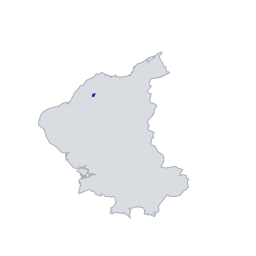 Carbonita, Minas Gerais, Brazil (highlighted), rotated 210°
{"feature_id": "56859067B13001741051446", "entity_name": "Carbonita", "entity_type": "district", "adm_level": 2, "iso_a3": "BRA", "parent_name": "Brazil", "parent_adm1": "Minas Gerais", "projection": "orthographic", "projection_center": [-43.039, -17.512], "detail": "fine", "context": "in_parent", "style": "filled", "palette": "blue", "viewbox_px": 256, "rotation_deg": 210, "n_neighbors": 0, "source": "geoboundaries", "source_scale": "gbopen_adm2", "svg_char_len": 4025}
<svg xmlns="http://www.w3.org/2000/svg" viewBox="0 0 256 256"><g transform="rotate(210 128 128)"><path d="M72.6,64.9L74.7,66.6L77.4,65.3L78.3,66.4L79.8,64.5L83.5,62.3L84.3,60.5L86.7,59.3L86.9,58.3L84.2,58.2L83.5,53.8L81.3,51.3L84.4,52.3L87.2,51.9L89.1,53.2L89.8,51.4L96.9,48.5L98.5,46.9L98.5,45.6L100.6,45.3L101.2,45.9L100.5,48.2L102.3,48.6L102.9,50.4L101.6,51.9L101.0,55.7L102.3,59.5L105.7,61.4L107.2,61.0L107.9,59.6L109.2,59.8L113.1,57.5L118.0,57.8L117.3,56.1L118.1,55.0L119.1,55.4L122.3,54.4L125.9,56.2L127.5,55.1L131.0,55.6L137.5,46.6L138.6,47.4L140.7,55.4L141.8,56.6L144.0,57.2L144.3,59.3L140.5,63.3L138.2,64.7L135.2,70.3L132.2,71.2L135.3,71.2L139.9,68.2L140.8,71.7L142.1,72.7L146.8,71.3L145.4,75.3L147.3,72.1L149.4,70.2L150.5,70.7L151.0,70.1L150.6,68.7L152.0,67.0L155.7,66.5L163.7,69.3L164.3,70.9L165.4,69.8L167.2,71.0L167.7,72.3L166.8,73.2L167.2,73.6L168.2,72.7L168.4,73.6L167.5,74.5L166.9,77.1L168.2,76.0L169.1,74.0L169.2,75.5L172.8,73.6L181.1,75.9L187.8,75.8L194.3,79.5L199.9,84.8L207.0,86.0L208.3,87.9L210.1,95.4L209.3,100.2L206.5,105.0L198.7,112.9L198.7,112.2L197.3,115.9L194.8,119.1L193.7,119.6L192.9,118.1L192.2,118.8L191.2,122.3L191.9,132.3L190.4,138.0L190.6,140.3L188.4,142.7L187.8,148.5L182.8,155.7L182.6,159.1L179.7,160.4L178.3,163.2L174.6,163.2L173.8,162.2L173.6,163.4L167.8,163.7L168.1,164.6L164.6,167.0L162.5,167.0L159.0,168.9L154.6,172.5L153.8,174.2L153.0,173.6L152.8,174.4L151.7,174.1L153.1,175.0L152.1,176.1L151.9,178.0L152.8,182.0L152.1,188.0L148.7,191.5L144.8,199.7L141.0,203.6L140.8,202.4L143.6,200.7L145.8,196.2L145.8,195.4L144.1,196.0L143.0,194.6L143.6,196.0L143.3,197.6L140.9,200.4L140.3,202.6L140.7,203.8L139.1,208.0L136.8,210.7L136.2,210.4L135.9,208.3L137.2,206.4L134.6,203.6L129.1,200.7L127.3,198.9L125.9,200.0L125.6,198.7L122.4,196.1L121.1,196.9L119.6,196.7L125.0,188.4L125.8,188.4L125.6,187.6L132.3,182.5L132.6,178.6L131.1,175.9L128.7,176.0L129.7,169.3L128.1,168.4L125.0,169.2L122.9,162.3L120.2,161.3L118.4,162.3L114.1,161.6L114.3,157.0L112.7,153.4L113.8,152.5L112.6,151.6L114.6,144.7L113.0,141.7L110.6,140.7L110.5,136.5L103.1,137.1L102.6,133.7L101.1,132.1L102.3,132.0L100.9,126.4L98.5,125.3L95.6,125.7L90.2,122.5L84.7,122.2L82.3,120.4L80.4,117.4L79.9,110.8L75.3,112.2L67.7,118.5L65.2,118.2L59.8,119.3L59.7,112.4L57.2,115.1L53.6,115.9L52.7,113.9L49.5,114.0L50.3,112.0L45.9,106.5L46.9,105.2L46.7,103.5L48.9,101.2L48.4,99.7L49.5,95.3L53.4,92.0L57.4,89.9L60.6,90.0L62.6,76.5L61.6,73.7L59.9,72.4L60.0,69.4L63.5,68.6L62.9,67.0L60.8,67.3L60.8,64.6L67.4,63.6L67.4,62.5L68.4,63.3L70.6,61.5L71.7,63.1L71.8,65.2L72.6,64.9ZM142.7,64.7L150.8,65.2L148.9,69.8L147.4,70.0L147.2,70.8L146.0,70.4L144.7,71.6L141.6,71.7L140.5,69.5L141.3,68.9L140.3,68.1L141.0,65.4L142.7,64.7ZM135.8,70.5L137.1,67.1L138.3,66.6L138.3,68.7L135.8,70.5ZM144.9,63.0L144.2,64.2L142.3,64.0L142.6,63.2L144.9,63.0ZM142.2,61.7L141.9,64.2L141.1,64.0L142.2,61.7ZM146.2,64.5L145.1,64.7L144.5,64.5L146.0,63.7L146.2,64.5ZM141.0,64.8L139.8,65.7L139.3,65.3L140.1,64.5L141.0,64.8ZM143.1,62.5L142.6,62.0L143.5,61.5L143.6,62.0L143.1,62.5ZM142.5,56.1L141.8,56.3L141.7,55.4L142.3,55.3L142.5,56.1ZM153.2,184.4L152.9,183.6L153.4,182.8L153.5,183.1L153.2,184.4ZM165.2,166.6L165.4,167.6L164.6,167.4L165.2,166.6ZM152.5,178.5L152.2,178.1L152.7,177.5L152.8,177.7L152.5,178.5ZM168.0,75.5L167.5,76.4L168.0,75.1L168.0,75.5ZM193.3,119.7L192.5,120.0L193.0,119.2L193.3,119.7ZM169.9,164.0L169.1,164.3L169.0,164.2L169.4,163.7L169.9,164.0ZM192.0,121.5L191.6,122.0L191.5,121.6L192.0,121.5ZM165.8,68.9L165.8,69.5L165.6,69.4L165.8,68.9Z" fill="#d9dde1" stroke="#a8b0b8" stroke-width="1"/><path d="M173.6,138.9L173.5,139.0L173.5,139.3L173.5,139.5L173.6,139.8L173.8,140.4L173.9,140.2L174.0,140.2L174.2,139.9L174.3,139.9L174.4,140.0L174.5,140.1L174.6,139.9L174.8,139.8L174.8,139.7L175.0,139.7L175.1,139.4L175.0,139.2L175.0,138.9L174.9,138.8L175.0,138.8L175.0,138.7L174.9,138.7L174.7,138.5L174.4,138.6L174.4,138.4L174.2,138.3L174.2,138.2L174.1,138.3L173.9,138.3L173.7,138.3L173.6,138.5L173.6,138.8L173.6,138.9Z" fill="#3b82f6" stroke="#1e3a8a" stroke-width="1.5"/></g></svg>